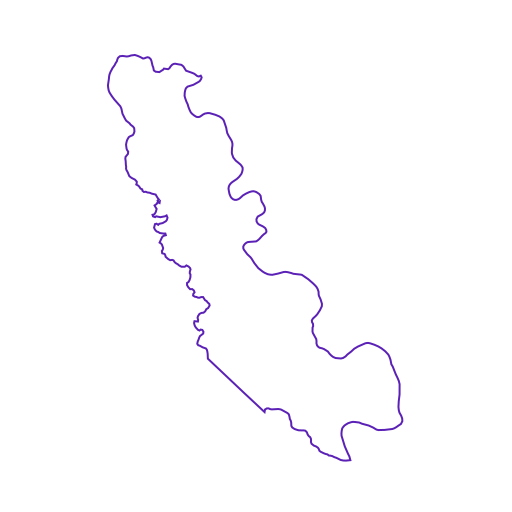 Cutias, Amapá, Brazil (Mercator projection), rotated 84°
{"feature_id": "56859067B15199971512565", "entity_name": "Cutias", "entity_type": "district", "adm_level": 2, "iso_a3": "BRA", "parent_name": "Brazil", "parent_adm1": "Amapá", "projection": "mercator", "projection_center": [-50.524, 1.067], "detail": "fine", "context": "isolated", "style": "outline", "palette": "violet", "viewbox_px": 512, "rotation_deg": 84, "n_neighbors": 0, "source": "geoboundaries", "source_scale": "gbopen_adm2", "svg_char_len": 6098}
<svg xmlns="http://www.w3.org/2000/svg" viewBox="0 0 512 512"><g transform="rotate(84 256 256)"><path d="M298.1,197.5L295.1,198.2L293.1,199.1L291.3,200.4L289.0,202.3L284.6,206.4L279.5,212.4L279.1,213.8L277.6,220.7L276.6,222.8L275.4,226.1L274.9,228.1L274.8,230.1L275.8,236.0L276.4,241.8L276.0,244.0L275.3,246.3L273.6,249.2L272.1,251.1L268.3,255.0L262.9,258.4L258.3,260.6L256.8,261.5L253.3,264.5L248.6,267.3L247.3,267.8L245.4,267.7L244.1,267.0L242.7,265.6L241.7,264.0L241.3,262.6L241.3,260.6L241.5,254.4L240.8,252.9L239.5,251.0L236.6,247.8L235.2,245.9L234.2,244.1L233.0,243.1L231.2,243.1L229.2,243.9L228.1,245.1L227.1,246.3L225.1,249.6L223.8,250.9L221.7,251.8L219.4,251.7L217.0,250.2L215.2,245.9L214.5,244.7L213.4,243.3L211.7,242.4L209.6,242.1L207.7,242.4L204.5,243.7L202.8,244.6L200.6,245.0L196.7,245.1L194.7,246.3L192.5,248.9L191.8,250.3L191.3,251.9L191.3,253.5L191.7,255.9L192.3,257.7L192.9,259.4L194.3,262.5L196.7,265.8L197.6,267.4L198.1,269.5L198.0,271.1L197.2,272.8L195.8,274.2L194.5,275.0L191.5,275.9L188.4,276.2L186.1,276.3L183.9,275.7L182.2,274.6L180.9,273.2L179.9,271.7L177.4,267.0L175.5,264.5L173.0,262.1L171.8,261.4L169.9,260.6L168.4,260.2L166.6,260.1L164.8,261.0L163.5,261.8L161.2,264.0L159.0,266.2L155.7,268.3L151.9,269.2L150.4,269.2L146.4,268.6L143.7,267.9L141.9,267.7L140.0,267.9L138.4,268.4L136.2,269.4L134.0,270.5L130.9,271.7L128.4,272.0L125.5,272.2L117.8,273.9L116.0,275.0L114.5,276.5L113.4,277.8L111.3,281.7L109.1,287.1L108.8,289.0L109.0,291.9L109.7,293.8L110.7,295.5L111.7,297.5L111.8,299.1L111.4,300.7L109.8,302.8L108.0,304.6L106.4,305.8L103.7,306.8L100.8,307.6L98.0,308.1L95.1,309.1L91.8,309.9L89.3,310.3L86.1,309.8L84.1,309.2L82.0,308.3L80.4,306.4L79.2,300.4L76.9,295.0L76.1,293.6L74.3,292.1L72.6,291.4L70.9,292.1L71.5,294.0L70.9,295.6L68.4,298.2L67.3,300.1L64.4,306.2L59.9,308.4L58.1,310.2L56.3,316.4L56.4,317.9L57.0,319.4L58.3,320.9L60.3,322.6L61.0,323.9L60.0,328.0L61.0,328.9L63.0,332.9L62.2,336.6L60.8,338.2L57.6,338.5L55.9,339.0L51.1,339.6L49.3,340.1L47.6,341.5L47.0,343.0L47.2,344.5L47.7,346.2L47.8,347.7L46.0,350.3L44.6,352.8L43.4,355.5L43.5,359.2L44.0,361.6L44.1,363.6L43.1,367.7L43.1,370.5L44.4,372.4L45.9,373.3L47.8,374.0L49.6,375.5L51.5,376.7L54.3,379.2L55.7,380.1L57.6,381.4L60.1,382.7L62.0,383.3L64.5,383.8L70.8,385.4L73.4,385.4L75.9,385.2L78.1,384.6L81.9,382.7L85.6,380.5L92.9,375.3L95.2,374.5L100.6,373.9L105.6,372.0L107.8,371.0L110.9,367.8L112.2,367.1L114.5,364.7L116.1,363.8L117.8,363.8L119.6,363.9L121.5,364.8L122.9,365.9L123.8,368.7L124.5,370.1L126.4,371.5L127.7,372.3L129.6,373.0L131.7,373.6L135.8,373.5L137.2,373.1L138.9,372.2L141.1,372.7L143.8,375.4L145.6,375.8L148.0,375.7L151.8,375.9L153.8,375.8L155.3,376.1L156.8,375.9L159.4,374.8L163.2,373.7L164.4,372.6L165.4,371.5L167.4,368.4L169.6,366.8L171.1,367.0L172.4,367.6L173.6,365.9L174.6,365.0L176.9,363.8L177.8,362.2L179.3,362.1L180.6,360.8L180.6,358.9L181.4,357.5L182.0,355.1L183.1,353.1L184.4,349.4L188.1,347.7L189.6,346.7L190.6,348.1L192.4,347.7L194.0,349.6L195.1,351.6L196.8,350.9L198.8,349.9L201.6,351.0L203.1,352.0L204.0,353.0L204.2,354.6L205.8,354.3L206.8,352.3L206.1,351.1L207.4,347.1L207.0,342.3L206.3,340.7L208.6,340.0L210.7,340.8L212.0,342.0L213.5,345.4L213.9,348.9L214.8,350.0L213.5,351.5L213.7,353.1L217.1,354.4L218.8,353.9L220.3,353.0L221.3,352.1L222.0,350.6L223.1,349.3L224.0,345.7L224.2,343.8L225.9,343.5L226.3,345.9L227.4,347.4L232.6,350.5L233.5,349.3L234.7,348.4L238.4,347.5L240.0,348.1L241.2,349.1L243.5,349.0L244.4,346.7L245.9,346.1L247.3,346.0L249.8,343.7L251.2,341.8L251.1,339.8L251.7,338.5L253.7,337.5L255.0,336.2L255.9,334.8L257.4,333.4L258.9,331.2L259.2,327.9L258.1,326.2L259.5,324.1L261.0,322.9L262.4,322.5L264.5,323.4L266.2,323.7L267.6,323.1L270.4,323.5L273.0,324.6L274.8,325.8L275.6,327.4L277.8,327.6L280.0,326.6L282.1,325.0L282.3,322.8L283.8,321.4L285.7,320.9L287.1,322.3L288.8,322.7L290.1,321.1L290.5,319.5L291.3,318.2L291.6,316.8L291.1,314.7L291.3,312.9L294.6,311.3L295.6,309.9L297.2,308.9L298.7,307.5L300.4,307.3L302.8,309.1L303.7,311.0L305.7,312.3L306.9,314.1L306.9,316.2L307.7,318.3L309.8,320.0L311.4,320.6L313.5,320.2L315.1,320.6L314.4,324.0L316.2,324.6L318.4,324.3L319.9,323.8L321.1,323.1L323.4,321.4L324.2,320.0L323.4,318.7L323.9,317.1L325.8,316.2L327.6,316.6L329.8,320.1L331.2,321.0L333.4,322.0L334.9,322.9L337.2,323.6L338.7,322.8L339.4,321.2L341.2,318.7L342.7,315.5L344.0,314.7L345.8,314.4L348.2,314.3L353.1,314.6L390.9,282.2L412.1,263.8L409.6,263.1L408.7,261.1L408.9,259.3L409.7,258.1L410.2,256.3L410.5,249.9L410.9,248.3L411.4,247.0L415.5,241.1L416.9,239.9L419.5,239.5L421.6,239.4L423.2,238.7L425.2,238.4L428.7,238.6L430.3,237.9L432.1,235.7L433.4,232.9L433.9,231.4L434.4,226.9L434.9,225.2L436.7,223.8L438.9,223.3L440.7,222.3L441.8,221.1L443.4,220.5L445.0,220.5L446.7,220.8L448.5,220.4L450.6,218.3L451.8,216.0L453.2,214.4L454.6,213.7L456.3,213.3L457.4,212.2L459.4,209.0L460.2,207.4L460.8,205.6L462.0,204.5L462.3,203.0L462.9,201.2L464.3,199.0L465.1,197.2L467.7,193.1L468.5,190.6L468.9,188.0L468.9,183.5L465.1,184.1L461.9,185.3L454.6,187.6L443.8,189.7L441.6,189.6L439.0,189.1L436.8,188.4L435.7,187.7L433.9,185.8L432.9,184.0L431.9,181.8L431.2,178.6L431.1,176.9L431.5,174.6L432.4,170.8L433.9,168.1L436.4,161.6L438.9,157.4L441.2,154.4L441.9,152.5L442.4,146.3L442.3,138.5L441.9,136.8L441.0,134.6L439.7,132.3L438.2,129.4L435.5,127.7L432.9,127.6L430.0,128.3L426.8,129.7L424.3,130.1L421.0,130.1L415.3,129.2L408.7,127.7L398.5,126.6L395.3,127.0L391.7,128.1L388.1,129.4L380.2,131.6L377.9,132.7L373.2,133.1L370.0,133.9L367.9,134.7L364.3,137.4L361.0,140.8L358.7,143.9L356.6,147.6L354.9,151.3L354.2,153.4L354.1,154.9L354.3,156.6L356.7,164.1L358.5,168.0L361.1,171.5L363.5,175.4L365.2,177.4L366.5,180.0L366.8,182.2L365.8,187.5L364.5,189.8L362.9,191.5L360.9,193.1L358.5,194.5L355.6,198.2L354.7,200.0L353.8,202.5L352.8,203.6L351.4,204.6L349.3,205.0L346.7,204.7L344.9,204.8L338.5,207.5L337.0,207.7L333.0,207.2L331.7,206.5L329.5,206.4L327.6,207.2L325.9,207.2L324.2,206.0L321.9,202.9L320.4,201.2L316.6,198.1L312.9,195.8L310.5,195.4L305.9,196.3L302.1,197.6L300.4,197.7L298.1,197.5ZM192.4,347.7L191.7,346.0L193.2,346.4L192.4,347.7Z" fill="none" stroke="#5b21b6" stroke-width="2"/></g></svg>